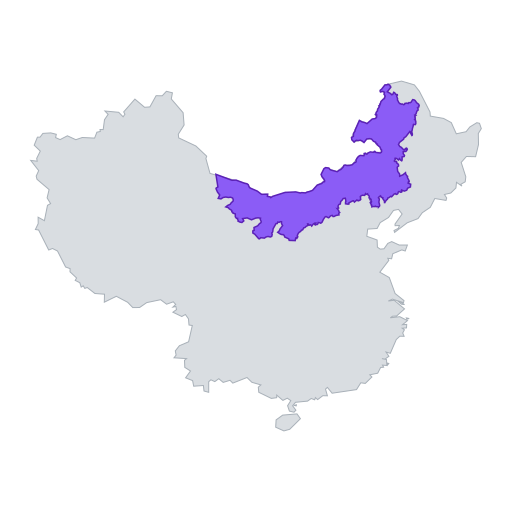 where Inner Mongol sits in China
{"feature_id": "CHN-1838", "entity_name": "Inner Mongol", "entity_type": "Autonomous Region", "adm_level": 1, "iso_a3": "CHN", "parent_name": "China", "parent_adm1": "", "projection": "albers", "projection_center": [116.94, 45.357], "detail": "fine", "context": "in_parent", "style": "filled", "palette": "violet", "viewbox_px": 512, "rotation_deg": 0, "n_neighbors": 0, "source": "natural_earth", "source_scale": "10m", "svg_char_len": 9710}
<svg xmlns="http://www.w3.org/2000/svg" viewBox="0 0 512 512"><path d="M271.3,398.4L258.8,392.3L258.3,387.2L260.9,384.9L251.9,382.3L247.0,377.5L232.8,383.1L230.0,380.3L223.2,382.4L218.8,378.7L214.8,381.6L210.9,379.8L208.7,381.7L208.7,392.3L204.0,391.0L203.4,385.5L193.7,386.2L192.6,380.6L185.6,377.8L190.5,371.0L184.8,367.4L184.5,360.3L186.5,358.6L174.0,357.8L176.1,355.1L175.3,350.9L179.4,345.7L188.6,341.8L192.3,325.5L189.0,325.0L188.5,318.9L185.4,314.5L181.8,316.5L172.9,312.2L176.5,309.6L175.9,306.5L172.9,307.1L175.7,304.4L173.3,301.8L166.6,304.2L160.6,299.7L146.7,302.6L139.6,307.5L132.8,307.6L127.7,302.3L116.3,296.3L104.3,302.2L104.5,294.2L94.9,293.5L87.2,287.5L84.8,288.4L83.2,285.8L81.2,287.1L79.8,282.7L75.2,280.4L76.6,278.0L70.0,271.8L70.1,268.6L65.6,267.0L57.5,251.0L52.5,248.5L48.7,250.0L38.6,230.0L35.4,229.5L38.2,223.6L38.1,217.2L44.4,220.7L47.5,205.3L50.6,203.6L47.1,197.9L49.1,189.6L37.0,179.3L36.2,176.1L38.7,170.6L30.7,160.4L37.2,161.2L36.7,158.4L40.3,151.1L34.2,145.2L37.4,137.2L40.0,137.2L42.9,133.4L50.8,132.9L56.3,134.3L55.6,137.6L60.1,139.6L67.4,135.8L75.8,139.7L82.3,137.5L94.6,138.1L96.9,132.2L100.3,131.5L100.0,129.5L103.2,129.6L104.5,119.7L108.1,114.4L104.9,111.0L118.7,112.3L123.1,116.8L124.9,114.3L123.7,111.9L134.9,99.1L144.6,107.3L149.9,106.9L156.1,95.7L162.2,95.8L166.4,91.3L172.4,92.8L171.3,99.0L183.1,112.7L184.1,125.0L178.3,134.2L178.7,137.9L195.9,146.0L206.7,156.2L205.9,158.5L210.0,173.4L246.7,183.6L250.8,188.4L261.6,194.5L267.7,194.1L267.3,196.3L270.9,197.5L285.2,192.4L304.4,193.0L312.6,190.2L317.5,184.8L324.5,181.5L321.1,174.6L325.1,167.8L337.0,171.6L344.2,165.3L352.2,164.8L358.5,156.4L363.8,155.6L364.5,153.4L381.4,152.1L380.1,147.3L371.6,139.0L366.7,139.1L363.9,142.5L359.9,140.3L354.0,142.1L351.5,137.5L359.4,120.4L367.2,123.5L376.2,117.7L375.5,114.3L380.8,102.0L384.9,96.8L384.1,92.1L380.3,90.7L385.8,84.7L401.5,81.1L414.4,84.9L419.4,91.3L430.0,112.0L430.3,116.1L443.5,118.4L451.3,122.6L456.3,133.8L466.1,131.7L469.8,127.0L476.8,122.7L479.5,123.3L481.3,128.6L478.3,133.5L478.5,144.5L475.6,156.7L466.4,156.5L461.2,162.4L465.8,176.8L465.2,181.8L460.8,184.3L461.9,186.1L456.5,182.3L455.9,188.0L450.8,193.0L444.4,194.5L446.7,198.0L446.0,200.4L434.8,198.5L430.3,207.3L422.3,212.7L418.0,218.6L407.2,222.8L394.6,232.4L394.0,230.5L398.4,228.3L399.4,225.5L395.1,225.7L395.0,224.1L402.1,214.0L398.5,209.4L393.5,210.4L388.5,217.5L380.2,222.6L377.1,228.5L367.7,229.1L366.8,236.3L377.1,240.0L377.4,247.2L380.2,249.1L384.0,248.8L387.8,243.4L391.7,241.6L399.1,245.0L407.4,245.0L405.2,251.0L401.8,249.9L392.8,253.7L391.6,258.8L387.8,258.3L388.8,260.4L379.8,272.2L389.3,277.6L395.1,293.5L404.0,300.6L403.5,302.6L392.4,299.1L388.3,301.0L394.2,300.3L404.5,308.9L396.6,316.0L392.6,316.2L390.3,317.8L399.8,316.7L407.5,320.6L402.5,324.7L406.7,324.4L406.5,327.9L402.2,328.2L404.4,329.8L402.7,333.0L404.1,336.3L399.8,336.2L396.3,339.5L390.3,353.3L386.0,352.0L388.9,356.3L385.0,359.1L381.9,358.6L386.5,359.6L386.8,365.5L382.5,365.1L383.6,367.2L380.6,367.5L377.7,373.2L369.8,374.8L371.9,377.0L365.3,383.4L360.8,382.8L356.5,389.6L332.1,393.2L327.4,387.4L325.5,389.1L327.4,395.8L322.8,395.7L317.6,399.6L315.4,397.6L314.7,399.8L311.2,398.5L307.6,401.1L295.5,402.3L292.6,405.8L295.9,410.2L294.0,412.2L289.4,411.1L287.6,405.7L290.8,400.6L287.3,398.2L282.9,400.4L276.7,395.1L276.7,397.7L271.3,398.4ZM297.0,413.9L300.4,418.7L289.7,429.3L283.9,430.9L275.7,427.2L276.1,419.9L282.7,415.1L297.0,413.9ZM404.5,304.6L401.5,304.2L398.6,301.8L400.9,302.2L404.5,304.6ZM409.2,318.5L406.9,319.2L406.3,317.9L409.2,318.5ZM388.8,363.5L387.5,365.1L387.6,363.1L388.8,363.5ZM293.9,405.4L296.4,404.8L296.2,405.9L293.9,405.4Z" fill="#d9dde1" stroke="#a8b0b8" stroke-width="1"/><path d="M354.1,142.1L351.8,139.8L351.5,137.5L353.4,136.4L353.5,133.5L355.0,131.1L355.1,130.1L359.4,120.4L361.9,121.9L364.6,122.5L367.0,123.6L372.2,119.0L375.1,118.6L376.5,117.5L376.7,114.9L375.5,114.8L375.3,114.4L376.0,113.9L376.2,112.3L377.5,110.9L377.6,109.2L379.0,107.4L379.2,106.4L379.0,106.0L379.4,106.0L379.4,105.4L380.0,104.8L379.8,104.2L380.2,104.1L381.0,101.4L383.4,99.1L384.3,98.7L384.7,97.9L384.6,97.3L385.1,96.6L384.9,95.4L384.0,94.3L384.5,92.3L382.8,91.4L380.5,92.0L380.2,91.6L380.2,90.3L381.6,89.2L384.9,84.9L387.1,84.8L388.0,84.2L389.8,85.2L390.1,86.0L390.6,86.4L390.8,87.3L387.3,91.8L390.7,93.6L391.5,94.7L392.7,94.5L393.7,92.3L394.6,92.7L395.7,94.3L397.3,94.6L397.4,95.2L396.6,95.9L397.6,98.8L397.4,100.0L398.3,101.4L398.7,102.5L400.1,103.8L400.7,103.7L401.3,104.2L402.5,104.0L403.6,104.7L404.5,104.4L404.9,103.4L406.9,103.1L408.2,103.5L408.8,102.6L410.1,102.7L411.0,102.3L412.7,99.6L414.0,99.8L415.1,100.5L416.7,102.8L418.6,104.2L419.2,105.4L418.9,106.5L418.7,106.3L418.0,107.7L417.6,107.9L418.0,108.4L418.1,110.1L416.8,111.2L416.1,113.7L415.1,114.8L415.6,115.2L415.0,115.3L415.4,115.7L414.8,116.4L415.2,117.1L414.9,117.7L415.2,118.0L415.3,119.2L414.7,119.4L415.5,120.4L415.4,120.7L415.8,121.5L415.8,123.7L415.3,124.6L413.5,124.4L413.2,125.1L413.3,125.6L412.3,129.0L412.3,130.0L411.8,130.9L412.0,132.8L412.4,134.1L412.2,135.3L411.9,135.5L411.5,134.8L410.6,133.1L410.4,131.8L409.9,131.4L405.9,136.6L404.0,137.9L403.6,139.2L399.5,142.4L398.5,144.5L399.8,146.5L401.3,147.3L403.5,149.6L404.3,149.9L405.6,148.4L406.1,148.5L406.3,149.2L406.7,149.2L406.9,148.5L407.2,148.9L407.3,149.3L406.8,150.4L405.8,151.5L403.2,151.6L403.2,153.6L404.5,155.4L404.2,156.5L402.1,156.9L402.1,160.1L401.7,160.8L400.3,159.9L399.5,158.6L398.4,160.0L396.7,158.5L395.1,158.2L395.0,158.4L395.3,159.3L394.3,161.0L395.1,161.6L396.4,161.4L396.7,161.9L396.7,163.0L397.8,163.7L398.5,164.7L398.6,166.0L397.4,166.9L397.2,167.5L397.7,171.4L399.6,174.0L399.7,176.2L402.9,174.8L405.5,172.7L405.7,174.0L406.8,175.8L407.6,176.3L407.4,177.5L409.2,181.0L409.2,181.7L408.5,181.7L408.1,183.2L410.7,184.2L410.4,187.0L407.8,188.1L407.3,188.7L407.0,189.8L406.5,190.3L404.3,191.1L401.5,190.0L401.3,190.5L401.9,191.6L401.7,192.0L400.8,192.3L399.0,191.5L398.2,192.1L397.9,193.5L396.8,194.4L396.1,194.4L395.5,193.6L394.2,194.0L391.6,196.8L390.8,196.3L388.7,197.8L387.8,198.0L387.5,199.2L386.6,199.9L385.2,201.7L384.9,202.6L384.5,202.6L384.4,201.0L382.6,198.4L382.8,197.7L381.3,197.3L380.8,196.1L380.3,195.8L380.0,196.5L379.1,196.8L378.4,197.8L379.4,199.0L378.9,202.1L379.7,205.3L379.5,206.2L378.5,207.2L378.5,206.7L375.7,206.6L375.3,206.2L374.5,206.6L372.8,206.5L371.9,206.9L371.7,205.7L371.4,205.5L371.5,204.4L370.9,204.1L370.2,202.5L370.5,202.1L371.1,202.5L371.4,202.2L371.5,201.4L371.1,200.9L371.1,199.4L370.8,199.1L370.5,199.7L370.0,199.7L369.8,198.2L369.0,197.8L369.3,197.2L369.2,196.1L367.5,194.3L367.5,193.8L366.0,194.4L365.5,193.7L364.6,195.4L362.3,195.2L360.7,196.1L360.2,196.9L360.7,198.0L360.4,198.9L360.7,199.4L360.0,200.2L358.5,200.8L358.1,200.4L357.4,200.6L356.9,200.0L354.4,202.1L353.5,200.8L353.1,200.7L349.0,202.8L348.8,203.1L349.0,203.9L348.2,204.2L345.5,203.8L345.5,202.0L345.9,201.4L345.4,198.4L345.1,198.1L344.7,198.4L343.2,198.5L342.1,200.2L340.7,201.5L340.3,204.0L338.9,204.5L338.2,205.6L338.0,206.9L338.5,207.3L338.6,208.1L337.9,208.2L337.7,208.9L337.3,208.8L338.7,210.6L338.9,211.7L339.7,212.5L338.7,213.5L339.0,214.9L335.9,215.5L334.0,216.5L333.0,216.5L332.3,215.4L331.3,215.6L330.3,216.1L329.1,217.5L328.4,217.8L326.0,216.5L325.0,217.0L323.5,219.2L322.0,222.3L321.3,222.9L320.5,223.2L319.9,222.8L318.2,222.5L317.9,223.8L317.2,224.5L315.8,224.6L315.3,225.0L314.8,224.6L315.7,223.1L314.8,223.1L313.3,224.0L311.7,226.1L310.7,224.8L309.3,225.2L308.4,224.0L307.6,223.9L307.9,225.5L306.2,226.3L305.0,227.5L303.8,227.8L302.6,229.9L301.4,230.2L300.6,231.5L299.4,232.1L298.3,233.3L297.3,235.4L297.8,236.8L296.9,238.3L296.3,237.5L295.7,238.0L295.2,240.6L289.2,240.4L288.7,238.8L284.7,237.0L284.2,235.4L283.0,234.5L282.2,234.7L280.4,234.1L277.7,232.3L279.3,230.8L280.0,229.0L282.6,225.6L281.5,223.5L281.5,221.7L280.2,221.7L279.2,222.3L277.7,222.1L277.3,223.5L276.0,223.6L273.1,228.8L272.7,231.9L271.8,233.0L272.2,234.5L271.7,236.4L270.3,237.0L268.2,236.5L267.2,236.6L265.6,237.2L264.5,238.1L260.7,237.7L259.6,238.8L258.7,238.7L254.8,234.2L252.9,233.1L252.8,231.6L253.0,230.6L254.2,230.3L254.0,227.5L257.7,225.8L259.6,223.5L260.5,223.1L261.1,222.3L261.2,221.6L260.2,219.2L260.5,218.2L258.1,217.8L255.7,218.1L251.5,219.8L247.2,217.9L242.6,218.6L243.8,220.9L241.9,222.5L239.9,222.1L238.0,221.1L238.2,220.5L237.5,219.2L237.6,218.4L236.4,218.3L235.3,216.8L235.3,213.9L233.0,213.2L232.9,212.5L231.8,211.8L231.8,210.8L231.4,210.2L229.3,208.9L228.3,207.7L225.8,206.9L227.7,205.4L230.2,204.3L231.2,202.8L233.0,201.2L233.3,199.9L232.6,198.0L230.5,197.2L228.4,197.5L225.8,197.0L223.1,197.5L221.0,198.9L218.2,198.4L219.7,195.0L217.5,192.1L216.0,188.7L216.2,188.0L217.9,187.0L215.9,174.3L232.0,180.3L236.1,180.1L244.6,183.3L246.9,183.7L248.3,184.7L249.0,186.8L249.9,187.9L257.3,191.1L261.5,194.3L267.7,194.2L267.4,196.4L270.3,196.9L270.8,197.6L272.7,196.3L285.1,192.4L295.8,191.9L300.3,193.0L301.6,192.6L305.5,192.9L307.0,192.1L309.9,191.4L312.6,190.3L317.2,185.1L321.7,183.5L323.2,181.9L324.5,181.7L324.7,180.8L324.0,179.2L322.0,176.8L321.1,174.4L323.9,168.7L325.6,167.6L328.8,168.0L330.0,169.5L331.1,170.1L337.2,171.7L339.3,170.1L340.7,169.6L343.1,167.2L344.0,165.3L345.2,165.0L346.9,165.5L349.7,165.4L352.1,164.8L354.5,162.6L355.7,162.3L356.2,161.3L356.0,160.2L357.0,158.2L358.5,156.4L360.2,155.4L363.9,155.7L364.4,154.0L364.2,153.5L365.4,153.2L366.2,154.1L367.1,154.0L367.8,153.1L370.3,151.9L373.4,152.3L374.3,151.4L374.7,151.9L375.1,151.6L375.8,152.4L380.1,153.0L381.3,152.3L381.6,151.6L381.5,149.8L380.6,148.9L380.1,147.2L377.1,144.7L377.3,144.1L376.1,143.6L375.7,142.2L373.5,141.3L371.5,139.0L369.5,138.6L366.7,139.0L364.0,142.5L362.0,140.9L360.3,140.2L358.1,140.6L356.4,140.3L355.3,140.9L354.1,142.1Z" fill="#8b5cf6" stroke="#5b21b6" stroke-width="1.5"/></svg>